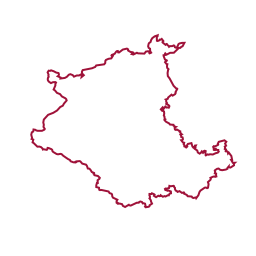 outline of Bayern, rotated 167°
{"feature_id": "DEU-1591", "entity_name": "Bayern", "entity_type": "State", "adm_level": 1, "iso_a3": "DEU", "parent_name": "Germany", "parent_adm1": "", "projection": "natural_earth1", "projection_center": [10.676, 48.917], "detail": "fine", "context": "isolated", "style": "outline", "palette": "rose", "viewbox_px": 256, "rotation_deg": 167, "n_neighbors": 0, "source": "natural_earth", "source_scale": "10m", "svg_char_len": 5673}
<svg xmlns="http://www.w3.org/2000/svg" viewBox="0 0 256 256"><g transform="rotate(167 128 128)"><path d="M155.3,56.9L154.3,56.8L155.5,58.1L155.7,58.8L155.6,59.4L154.5,60.5L158.3,63.5L158.7,64.9L158.5,66.8L158.8,67.6L160.6,68.7L161.2,70.5L167.8,73.6L169.3,73.8L169.9,74.3L169.7,76.3L172.2,77.6L171.8,79.3L170.6,81.5L169.8,81.3L169.4,83.9L167.2,85.0L166.7,85.8L168.1,88.0L171.2,89.5L171.5,90.0L171.2,91.3L171.7,91.5L171.4,92.0L173.2,93.3L173.9,95.5L174.7,97.0L176.3,97.6L176.5,100.1L177.1,101.7L180.6,103.6L181.9,106.1L182.5,106.6L185.7,107.1L186.4,107.0L186.2,106.4L186.8,106.2L189.0,106.9L191.4,108.5L191.8,109.9L193.6,111.4L197.4,115.6L198.6,117.5L199.7,118.0L202.1,118.1L203.4,118.7L206.3,121.5L206.8,122.4L206.8,123.8L207.4,124.6L209.8,126.3L210.8,126.7L211.6,125.2L212.1,125.0L215.1,126.3L215.8,126.2L215.9,127.2L217.0,128.9L218.4,129.8L220.5,130.2L223.4,134.7L224.2,135.4L222.9,138.0L224.3,139.0L223.8,139.4L223.7,140.0L223.8,143.2L222.7,145.4L221.1,145.9L220.4,147.8L218.7,147.1L218.0,146.3L216.7,145.6L212.5,144.6L209.9,145.2L209.3,145.8L210.1,148.1L209.3,150.0L209.3,152.5L208.1,155.2L202.9,158.8L197.4,159.6L193.2,161.0L189.3,163.7L186.5,164.4L184.9,166.2L181.6,168.6L181.7,170.0L182.4,171.1L185.3,173.6L186.6,176.3L189.3,178.2L190.7,181.0L191.8,182.2L189.2,185.8L188.9,187.2L187.9,188.5L188.5,189.1L190.8,189.5L193.0,189.1L194.8,191.1L195.3,192.5L195.2,193.7L194.6,195.0L193.8,195.7L193.9,196.8L193.4,197.8L193.8,200.3L192.4,201.7L191.1,201.2L190.0,201.5L187.6,200.0L185.4,198.1L183.4,197.2L183.2,195.9L183.7,194.7L184.8,194.2L182.3,192.3L182.7,191.4L178.3,191.0L176.1,191.6L173.7,193.2L172.1,193.4L170.0,192.0L169.1,190.2L166.2,190.7L163.9,190.2L161.7,190.8L161.1,189.9L161.8,188.1L159.2,189.4L160.3,191.2L160.4,192.5L160.2,193.3L159.1,194.6L149.6,194.3L146.2,194.9L144.9,196.1L136.9,195.4L135.6,196.4L134.9,198.6L134.1,199.3L131.4,199.8L128.6,199.6L126.7,201.5L127.6,201.9L127.8,202.3L127.4,202.8L124.3,203.3L122.4,205.0L121.5,205.4L120.6,205.3L120.6,203.9L119.8,203.6L115.4,205.6L111.2,205.6L110.2,204.6L110.5,204.0L110.4,203.4L108.4,201.5L106.3,200.7L106.0,200.3L107.7,199.2L106.3,198.4L102.4,199.3L101.5,198.5L95.3,196.8L93.4,198.4L91.2,198.3L90.0,197.6L90.4,196.4L90.2,195.9L89.1,196.0L88.5,196.2L89.1,197.8L88.7,200.3L89.8,201.4L90.0,203.1L89.0,205.3L88.4,206.0L86.7,206.7L85.6,208.6L84.1,210.1L81.4,211.3L78.2,211.7L78.6,210.7L79.5,210.3L80.2,206.5L79.5,206.1L77.7,206.4L77.1,207.0L76.2,206.7L75.1,207.2L74.0,204.8L74.9,204.2L75.1,203.7L74.7,203.1L72.7,200.6L71.6,201.2L71.1,200.9L70.7,199.6L69.8,198.7L69.7,197.9L68.6,198.3L66.2,197.8L65.1,198.2L64.3,197.8L64.1,196.1L63.1,195.4L61.9,195.8L59.9,198.4L58.8,198.8L56.3,198.8L53.9,198.3L56.4,195.4L58.0,195.0L59.0,194.3L60.4,194.6L66.4,191.0L70.0,191.8L74.0,190.8L74.9,192.3L75.3,191.9L75.5,190.8L77.0,190.9L77.1,190.2L76.6,186.5L75.0,185.1L75.4,184.6L76.3,184.5L77.1,183.8L76.0,181.6L75.3,181.3L76.1,179.6L76.3,177.8L75.3,176.2L75.9,175.5L77.1,172.6L77.5,169.6L76.3,166.9L74.1,158.9L72.1,155.6L71.5,155.5L71.2,155.0L73.7,152.2L73.6,151.5L74.5,150.4L77.2,149.5L78.1,150.7L82.0,148.7L82.7,147.5L84.7,147.3L84.4,146.9L84.9,144.9L84.4,143.6L85.3,143.0L85.3,142.6L83.5,141.4L82.8,140.3L82.9,139.6L83.7,138.6L84.8,139.2L86.0,139.3L86.8,140.5L89.2,138.5L89.7,138.8L89.2,139.9L89.5,140.4L91.8,138.8L90.8,137.0L89.6,136.6L89.2,135.9L89.5,133.7L90.3,132.1L89.9,131.1L90.2,128.6L89.8,128.2L90.7,127.8L90.7,127.5L89.5,125.5L86.9,123.2L86.3,121.9L83.0,120.9L83.1,120.1L82.4,119.5L82.5,118.9L81.2,118.3L82.2,117.9L82.6,117.0L82.6,116.0L81.7,115.3L80.8,115.6L78.0,113.1L78.5,112.7L77.9,111.8L77.8,110.8L77.1,109.9L78.4,109.8L77.9,108.3L78.2,107.4L76.9,106.5L77.0,104.7L77.7,104.0L78.9,104.1L77.7,101.5L76.6,101.0L77.4,99.5L76.9,98.5L77.2,97.5L76.1,97.1L76.2,96.3L75.5,95.9L74.4,96.7L74.7,97.6L73.2,99.0L69.6,99.0L69.4,95.5L68.7,94.9L68.9,94.5L68.7,94.1L67.1,95.0L66.7,95.8L65.8,95.7L66.6,94.7L66.6,93.8L67.5,92.5L65.6,90.5L65.5,88.5L64.0,86.9L62.8,87.3L61.4,88.6L60.5,86.9L59.6,87.6L59.4,88.4L58.4,88.6L57.5,88.0L58.2,86.5L58.2,84.6L58.5,84.2L58.3,83.8L56.4,84.4L55.3,83.8L54.1,84.0L51.3,83.1L48.4,83.7L46.0,83.8L44.9,84.6L45.2,85.4L45.0,86.3L47.0,86.9L47.1,88.0L47.7,88.0L48.3,87.0L49.3,87.4L49.0,89.8L49.3,90.4L48.5,91.0L47.4,90.5L44.1,91.3L43.8,91.7L44.0,92.5L42.7,94.1L36.8,94.3L35.3,92.5L36.9,91.0L36.4,88.7L37.9,88.1L37.8,87.1L38.4,85.8L37.4,85.2L37.3,84.8L38.1,83.5L37.8,83.1L36.5,82.9L36.1,82.1L36.2,80.7L35.3,81.3L33.6,77.5L33.7,73.5L34.7,73.7L33.7,70.5L31.7,70.1L32.9,69.4L33.1,67.8L37.1,66.4L38.8,67.2L38.6,67.8L40.1,66.7L40.3,65.9L42.0,65.5L45.7,65.7L47.6,66.5L48.8,68.1L50.3,68.2L52.7,67.3L53.1,66.9L52.9,65.5L53.6,64.3L52.4,63.7L52.8,62.3L52.8,60.9L54.1,60.8L54.8,61.4L56.3,61.4L58.9,60.9L58.7,59.9L59.4,58.9L62.3,57.3L62.1,55.2L63.5,51.8L64.5,51.6L65.5,52.5L66.7,52.6L71.5,50.7L72.8,49.5L74.5,46.7L77.3,44.3L77.4,45.1L80.1,45.1L80.9,45.7L81.4,46.9L85.2,48.1L85.8,49.6L88.1,51.4L87.8,52.1L88.1,52.7L90.0,52.6L92.0,54.9L94.1,54.6L94.6,55.6L95.6,56.3L96.0,58.0L95.7,59.1L96.3,60.1L96.3,61.1L96.6,61.4L99.4,61.6L100.7,62.3L101.5,60.3L103.8,60.2L105.0,60.6L105.7,60.3L105.5,59.1L104.4,58.8L103.8,58.0L102.7,58.0L100.5,56.5L100.8,54.7L102.2,54.7L103.4,53.2L104.3,53.5L106.8,52.8L107.7,53.4L109.5,53.2L111.3,55.1L111.7,54.4L112.8,54.5L113.7,55.2L116.2,54.3L118.0,56.1L117.1,57.1L117.4,57.5L119.4,59.0L120.0,58.4L121.9,58.9L122.3,57.4L122.0,56.6L122.4,54.9L122.9,54.6L122.0,52.4L122.1,51.2L121.6,48.9L124.3,47.9L124.6,47.1L125.5,46.6L128.6,46.8L129.1,47.6L128.4,48.2L128.4,50.4L129.7,51.2L130.6,51.2L131.0,52.7L132.5,53.6L133.7,53.4L134.3,52.8L136.3,53.2L142.8,51.8L144.3,52.5L144.5,53.0L148.6,51.7L150.5,53.3L150.9,55.1L153.0,56.2L155.0,56.5L155.3,56.9Z" fill="none" stroke="#9f1239" stroke-width="2"/></g></svg>